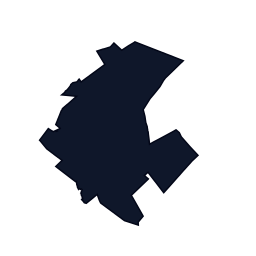 Mier y Noriega, Nuevo León, Mexico, rotated 303°
{"feature_id": "50627088B47586163134003", "entity_name": "Mier y Noriega", "entity_type": "district", "adm_level": 2, "iso_a3": "MEX", "parent_name": "Mexico", "parent_adm1": "Nuevo León", "projection": "orthographic", "projection_center": [-100.208, 23.402], "detail": "fine", "context": "isolated", "style": "filled", "palette": "ink", "viewbox_px": 256, "rotation_deg": 303, "n_neighbors": 0, "source": "geoboundaries", "source_scale": "gbopen_adm2", "svg_char_len": 3313}
<svg xmlns="http://www.w3.org/2000/svg" viewBox="0 0 256 256"><g transform="rotate(303 128 128)"><path d="M204.0,86.9L203.1,86.6L197.1,83.6L189.8,80.4L191.6,69.9L186.4,69.1L181.2,64.8L180.7,64.2L175.5,60.0L168.7,74.0L141.1,63.6L142.4,60.4L141.6,60.2L140.4,60.3L138.6,59.9L137.6,58.8L135.9,57.1L133.4,56.4L131.7,56.7L128.5,56.4L126.5,56.1L125.1,55.5L124.7,55.4L124.2,55.4L124.0,55.5L123.8,55.6L123.5,55.6L122.0,55.1L121.6,55.0L121.4,54.9L120.8,54.7L120.6,54.7L120.0,54.5L119.7,54.4L122.5,59.7L125.2,64.9L125.6,65.7L126.6,67.6L114.5,64.3L114.5,64.2L113.8,64.0L113.4,63.9L113.2,63.8L111.9,63.5L111.8,63.4L111.5,63.3L110.7,63.1L109.4,62.7L108.9,62.6L108.5,62.5L108.3,62.8L106.0,62.7L104.6,63.0L101.2,63.7L100.1,63.9L99.1,64.1L98.7,64.2L98.3,64.3L97.9,64.3L97.7,64.4L97.3,64.4L97.2,64.5L96.7,64.6L96.3,64.6L96.0,64.7L95.2,64.9L94.5,65.0L93.9,65.1L93.7,65.2L93.4,65.2L93.2,65.3L92.8,65.3L92.6,65.4L92.4,65.4L91.9,65.5L91.5,65.6L91.4,66.7L90.8,71.4L90.6,71.4L87.0,69.1L86.8,69.2L86.8,70.2L85.9,69.6L86.1,69.0L86.2,68.6L84.4,67.4L84.2,67.3L84.2,66.1L84.1,65.4L84.1,64.5L84.1,62.9L84.1,61.5L78.0,61.1L69.6,60.5L69.3,61.8L68.9,63.0L67.5,67.4L66.3,71.2L65.8,78.0L65.8,78.7L65.8,78.8L65.7,79.6L65.6,80.4L65.4,83.5L65.4,84.2L65.3,84.8L65.3,85.2L65.0,90.4L56.4,88.4L54.8,108.7L54.6,111.5L54.5,112.8L54.5,113.2L54.7,113.4L54.9,113.7L55.0,113.8L54.6,113.9L54.0,114.8L53.9,114.8L53.8,115.0L53.4,115.3L52.7,115.8L52.4,116.2L52.5,116.4L52.3,116.7L51.8,116.9L51.8,117.0L51.9,117.5L51.3,117.6L51.2,117.7L50.9,117.8L50.8,118.0L50.6,118.2L50.5,118.5L50.3,118.8L49.7,119.8L50.4,119.8L50.8,120.4L50.6,120.7L50.5,120.9L50.6,121.5L51.0,121.6L51.1,121.9L51.4,122.1L51.4,122.7L51.4,123.1L50.9,123.4L49.5,123.4L49.2,123.7L47.9,123.9L48.1,124.3L46.5,125.2L46.0,126.0L45.7,126.6L45.4,127.1L45.2,127.1L44.6,127.7L44.1,128.5L43.8,128.6L42.9,128.0L42.5,128.9L42.7,129.1L42.3,129.8L42.1,130.5L42.3,130.6L42.1,131.2L41.9,131.1L41.5,132.1L41.8,132.9L42.1,134.0L49.7,136.5L53.3,137.6L53.6,137.7L54.2,137.9L55.6,138.3L52.2,142.8L51.5,143.8L50.3,145.8L50.3,146.1L50.2,146.2L48.4,175.5L48.6,176.2L52.2,189.5L54.6,187.8L62.3,188.7L72.1,169.9L73.3,167.4L74.1,167.6L96.2,172.8L96.4,172.8L96.5,171.8L96.6,171.0L96.8,169.5L97.0,168.8L97.0,168.3L97.1,167.6L97.7,167.7L98.0,167.8L99.3,168.2L101.8,168.9L101.6,169.5L100.9,171.4L100.6,172.3L99.9,174.2L99.5,175.4L99.2,176.2L99.0,176.8L98.2,179.0L97.8,180.3L97.6,180.9L97.1,182.3L96.8,183.1L96.3,184.5L93.2,193.2L100.2,194.3L108.8,195.6L111.6,196.0L114.3,196.4L115.3,196.6L115.7,196.6L116.6,196.8L118.9,197.1L123.0,197.7L125.2,198.1L128.1,198.5L129.7,198.8L129.9,198.8L132.1,199.2L135.0,199.6L142.4,201.4L143.2,201.6L143.4,200.8L146.1,189.9L149.6,177.5L152.0,173.6L152.6,169.5L152.6,169.3L148.7,167.3L146.9,166.3L141.4,163.3L133.6,159.0L132.9,158.6L132.2,158.2L130.1,157.0L128.7,156.3L128.1,156.0L127.5,155.6L126.1,154.9L130.4,151.4L133.7,148.6L135.7,147.0L136.6,145.8L137.5,145.2L137.9,144.8L138.4,144.3L139.4,143.5L139.7,143.2L142.2,140.0L147.0,135.8L151.7,130.7L164.7,130.5L169.4,131.1L171.0,131.3L179.7,132.2L179.8,132.2L181.0,132.2L184.8,132.0L185.3,132.0L186.4,131.9L188.3,131.9L188.4,132.0L188.5,132.0L190.3,132.1L195.9,133.4L209.1,136.4L209.5,136.5L214.5,137.7L213.4,132.5L212.1,126.1L212.1,125.8L211.7,124.1L210.7,119.4L204.6,90.0L204.0,86.9Z" fill="#0f172a" stroke="#020617" stroke-width="1.5"/></g></svg>